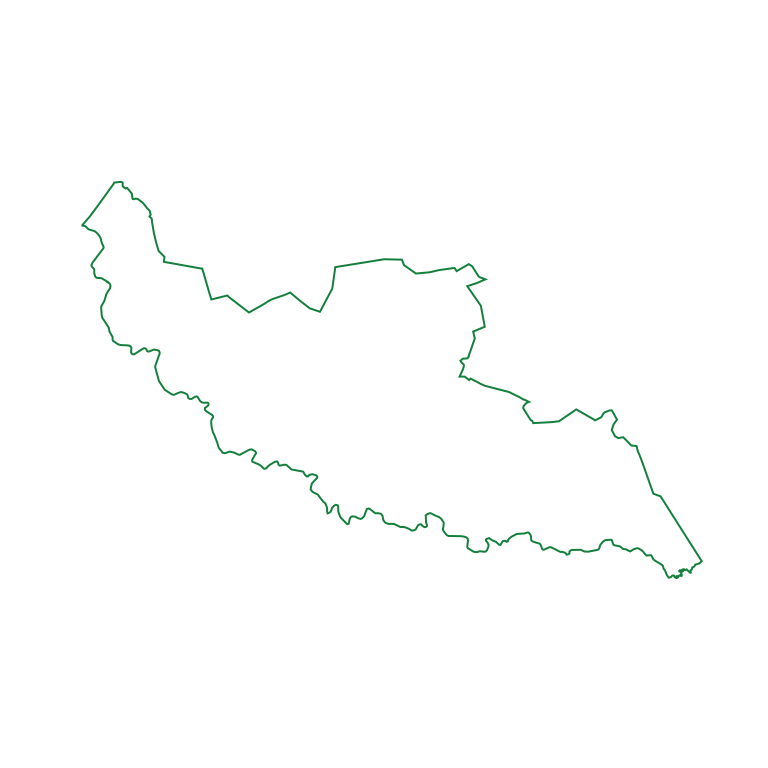 Upmalas pag., Varkavas, Latvia, rotated 342°
{"feature_id": "27541924B37499495130133", "entity_name": "Upmalas pag.", "entity_type": "district", "adm_level": 2, "iso_a3": "LVA", "parent_name": "Latvia", "parent_adm1": "Varkavas", "projection": "mercator", "projection_center": [26.475, 56.247], "detail": "fine", "context": "isolated", "style": "outline", "palette": "green", "viewbox_px": 768, "rotation_deg": 342, "n_neighbors": 0, "source": "geoboundaries", "source_scale": "gbopen_adm2", "svg_char_len": 6154}
<svg xmlns="http://www.w3.org/2000/svg" viewBox="0 0 768 768"><g transform="rotate(342 384 384)"><path d="M143.4,264.1L145.4,265.5L153.0,268.4L154.5,269.7L154.9,270.9L154.8,272.1L153.4,275.2L153.2,276.1L153.6,277.3L154.6,278.3L155.9,278.5L165.7,275.9L166.9,275.8L167.5,276.0L168.3,276.8L168.7,277.8L168.9,279.5L169.8,280.3L170.9,280.5L175.8,280.1L179.2,282.0L180.2,283.1L180.4,284.4L180.1,285.6L172.5,295.5L171.6,297.3L170.9,310.6L171.0,312.1L173.7,321.7L178.6,327.8L179.8,328.9L181.1,329.4L186.4,328.8L188.8,329.1L191.3,330.8L193.2,332.6L193.7,333.3L193.7,334.0L193.5,336.1L193.6,336.9L194.8,338.3L196.5,338.7L200.0,337.8L201.9,337.9L202.6,338.6L203.9,343.4L204.9,345.0L206.6,346.1L210.2,347.1L210.8,347.6L211.0,348.6L210.6,349.7L209.5,350.4L206.4,351.4L205.7,353.1L206.4,354.8L210.6,359.8L211.4,361.4L211.1,362.9L209.2,364.4L208.2,365.8L207.2,369.5L206.7,372.6L206.4,377.1L206.8,379.5L207.3,388.3L207.1,393.6L209.0,398.5L209.2,399.4L211.4,400.7L216.3,400.6L220.1,402.8L223.5,406.0L225.0,406.8L235.3,404.9L237.6,405.1L240.2,407.5L241.0,409.1L240.9,410.2L235.1,415.5L234.8,416.4L234.8,417.3L239.9,421.6L241.6,423.7L243.7,427.5L245.8,427.9L248.3,426.4L250.8,425.5L256.1,424.3L258.2,424.5L258.9,425.7L258.8,428.4L259.6,429.4L264.5,430.0L266.3,430.9L269.3,436.3L270.1,437.0L279.6,442.1L280.1,442.6L280.7,445.7L282.0,448.1L283.1,448.4L285.0,447.4L287.2,447.5L288.6,448.0L291.0,449.7L291.9,451.1L291.9,451.6L291.6,452.4L285.0,456.1L284.1,457.1L281.7,461.4L281.9,462.3L282.4,463.9L283.1,465.0L286.8,468.6L289.8,477.1L291.3,479.4L291.6,484.1L290.4,488.1L290.4,489.6L291.8,489.6L293.5,489.1L295.2,487.5L296.1,485.9L298.6,484.4L300.8,484.0L302.5,485.1L302.6,486.4L301.2,490.7L301.1,491.8L301.3,496.4L301.7,498.0L305.5,505.6L306.4,506.1L307.4,505.8L309.6,501.9L310.8,500.6L312.1,500.1L313.5,500.3L315.5,501.2L317.6,503.4L320.0,505.1L321.6,505.0L324.1,503.7L329.0,497.6L330.9,497.6L332.1,498.7L335.5,503.9L336.2,504.4L339.2,505.4L341.0,506.6L341.4,507.3L341.8,509.3L341.3,513.5L342.5,516.5L344.8,518.3L350.3,520.2L355.2,524.9L359.4,526.5L362.7,529.2L365.1,532.0L366.0,532.2L367.6,532.4L369.2,532.1L372.8,528.8L374.3,528.5L375.5,528.7L376.1,529.3L376.9,531.1L378.3,532.7L379.8,532.9L381.0,532.3L381.2,531.7L381.2,528.9L383.1,521.7L384.6,521.2L387.7,521.0L388.7,521.5L392.0,524.9L395.2,527.5L396.8,529.9L397.9,533.9L397.8,534.8L396.7,537.4L395.0,540.6L395.4,542.8L396.9,547.0L398.5,548.5L410.1,552.5L412.8,553.8L415.0,555.4L415.9,557.3L415.6,558.6L412.9,564.5L413.0,566.1L417.4,571.2L419.9,572.5L423.5,572.7L428.0,574.7L429.2,574.6L430.5,574.0L433.1,570.9L433.7,569.3L433.5,566.9L432.6,564.6L432.6,564.0L433.3,563.1L436.3,563.0L438.7,566.2L441.7,568.7L443.8,572.4L445.0,573.0L448.2,570.3L449.7,570.2L451.2,570.9L451.7,571.9L452.3,572.0L453.2,571.8L453.1,571.5L453.4,571.2L455.3,569.6L457.8,568.7L463.9,567.6L471.5,569.6L474.3,569.5L475.4,569.9L475.9,570.5L476.7,572.7L476.7,574.4L475.8,577.7L476.2,579.2L479.2,581.6L482.6,583.8L483.1,584.8L483.4,587.4L483.4,589.6L483.6,590.3L484.7,591.0L491.0,590.4L492.3,590.8L500.0,598.3L501.3,598.5L503.8,600.2L504.6,601.3L504.8,602.6L506.7,602.9L507.9,602.6L508.6,600.7L509.3,600.2L511.1,599.8L519.9,602.5L522.9,605.3L526.5,606.6L536.5,607.8L538.0,606.8L538.9,605.3L540.1,603.8L543.5,601.6L546.0,600.9L551.7,602.2L552.3,602.7L552.4,603.3L552.5,607.7L553.7,608.8L558.1,611.2L560.4,614.8L563.2,616.1L565.5,618.6L566.5,619.3L570.7,618.2L574.1,618.4L575.5,619.3L577.8,621.9L578.8,623.8L579.7,626.6L580.8,628.3L584.1,629.0L585.1,629.5L585.5,630.6L585.9,633.7L586.8,635.3L592.8,642.4L593.0,643.4L592.9,646.2L593.5,647.8L593.8,649.6L594.0,653.2L595.0,656.2L597.2,656.3L598.8,655.3L599.4,655.3L600.7,656.0L600.7,657.3L600.9,657.7L602.1,658.9L602.7,658.9L602.6,657.5L602.8,657.2L603.3,657.5L603.3,658.2L603.6,658.8L604.0,658.6L604.3,657.6L604.7,657.3L605.6,657.7L606.4,657.4L607.2,658.4L607.6,658.5L608.0,658.3L608.2,657.6L607.8,656.5L608.5,655.8L608.1,654.2L607.0,653.6L607.0,652.9L607.8,652.6L609.1,653.9L610.4,654.5L610.9,654.1L610.2,652.8L611.2,652.6L612.1,653.0L612.9,654.1L614.5,653.8L616.7,657.9L617.2,658.3L617.5,658.0L617.6,656.8L618.1,655.9L619.3,655.6L620.6,653.7L622.7,653.5L624.2,652.0L628.5,652.1L631.4,650.7L612.3,576.3L606.3,571.6L605.4,536.4L605.0,529.4L604.6,527.0L605.0,521.0L600.3,519.0L595.1,508.6L590.1,507.8L587.6,505.1L586.4,498.1L589.9,493.3L594.6,489.9L592.5,479.4L589.9,478.8L584.8,479.2L583.3,480.0L581.0,482.3L579.9,482.8L573.7,483.8L573.1,483.5L573.0,483.0L559.0,467.6L538.9,473.5L531.4,472.0L513.8,467.3L513.8,466.0L513.4,464.5L512.4,463.8L508.9,450.0L509.8,448.3L510.5,447.7L513.9,445.9L516.3,445.8L512.7,442.2L511.9,442.0L508.6,438.2L500.2,430.1L479.4,416.9L475.8,413.6L475.0,412.7L468.0,405.6L466.2,406.6L463.0,401.9L458.2,400.3L464.0,394.0L465.7,391.1L465.8,390.2L464.3,387.1L463.9,385.5L466.8,384.3L471.1,385.4L473.0,384.3L473.1,383.9L472.9,383.9L484.4,368.8L485.0,361.7L497.5,360.7L500.3,339.5L493.4,316.7L503.2,316.7L512.8,315.8L507.9,311.9L507.2,310.7L504.2,299.2L501.7,296.2L488.0,299.1L486.9,295.4L471.6,292.7L461.6,291.8L448.5,288.8L439.7,277.0L439.5,271.3L422.7,265.4L373.8,257.8L364.3,277.3L345.4,295.5L336.8,289.1L329.5,278.4L323.1,268.1L316.2,268.6L304.1,268.8L299.8,269.4L294.8,270.8L277.7,274.3L263.3,253.3L262.3,251.4L246.0,250.3L246.0,243.9L246.8,218.2L212.4,199.8L214.5,195.2L210.8,187.9L210.8,185.1L211.1,177.8L211.8,169.4L213.4,158.6L214.2,154.9L212.7,152.2L214.4,150.9L214.7,147.0L213.0,143.5L210.8,137.5L207.3,132.3L205.4,131.0L203.0,130.9L202.2,130.4L202.1,129.7L203.0,124.9L200.3,118.2L200.0,118.0L198.5,118.2L196.6,115.3L197.6,111.7L197.5,111.4L196.3,110.4L189.5,109.1L188.6,110.2L166.9,126.0L155.8,133.9L146.3,139.6L146.1,140.2L148.2,141.2L149.0,142.1L150.8,145.6L155.9,149.1L157.7,151.7L159.0,155.1L159.5,157.4L159.2,162.8L159.7,166.5L159.5,167.6L158.9,168.3L144.4,178.4L142.4,180.6L142.4,182.0L143.7,184.8L143.7,185.9L142.6,189.4L142.6,192.3L142.9,193.3L143.8,194.4L147.7,195.9L148.5,196.6L152.6,201.3L152.3,201.4L154.0,203.4L154.3,205.2L154.1,206.4L153.1,208.2L148.0,212.4L143.6,218.7L139.1,222.8L138.4,224.7L136.7,231.8L136.6,234.0L139.6,245.3L139.2,248.7L139.3,250.4L140.4,255.3L139.6,258.0L139.6,259.3L143.4,264.1Z" fill="none" stroke="#15803d" stroke-width="2"/></g></svg>